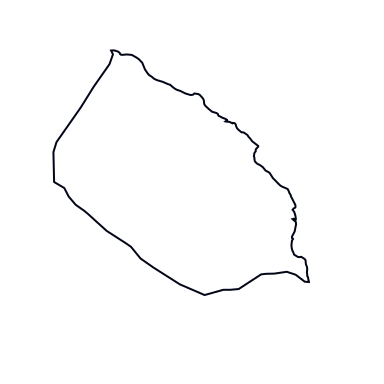 South Tanna, Tafea, Vanuatu, rotated 305°
{"feature_id": "77236927B47218530990891", "entity_name": "South Tanna", "entity_type": "district", "adm_level": 2, "iso_a3": "VUT", "parent_name": "Vanuatu", "parent_adm1": "Tafea", "projection": "orthographic", "projection_center": [169.459, -19.612], "detail": "fine", "context": "isolated", "style": "outline", "palette": "ink", "viewbox_px": 384, "rotation_deg": 305, "n_neighbors": 0, "source": "geoboundaries", "source_scale": "gbopen_adm2", "svg_char_len": 2576}
<svg xmlns="http://www.w3.org/2000/svg" viewBox="0 0 384 384"><g transform="rotate(305 192 192)"><path d="M185.3,339.4L185.9,339.0L186.5,338.1L188.8,335.8L189.3,334.5L190.6,333.7L191.7,332.5L195.4,330.3L196.7,328.9L197.4,327.9L198.3,326.6L201.2,324.2L201.7,322.7L201.6,319.0L201.6,318.8L201.5,318.6L200.2,317.3L199.5,315.8L199.3,311.7L199.3,311.4L200.6,309.7L201.6,307.8L203.3,305.8L205.7,303.8L209.7,301.7L211.5,301.7L211.7,301.0L211.6,300.5L211.8,300.2L212.7,299.5L218.6,298.7L225.2,295.8L227.0,294.2L227.5,289.9L228.3,290.5L228.7,291.6L228.8,292.8L229.3,292.7L231.7,290.5L234.1,287.5L235.0,285.3L235.1,285.1L235.2,284.9L235.2,284.6L236.6,284.6L237.9,285.3L238.6,285.5L239.2,285.3L239.4,285.2L239.6,285.0L240.8,283.9L245.3,275.3L246.1,274.7L246.4,273.9L247.0,272.4L248.2,270.7L248.3,270.5L248.4,270.4L249.3,268.6L248.0,262.3L248.0,260.0L249.8,250.3L252.1,244.8L252.2,243.1L251.7,240.2L253.0,235.6L253.0,231.8L252.6,229.7L252.6,228.6L252.7,228.1L253.2,225.9L254.3,224.7L256.2,223.1L256.8,222.3L256.8,222.2L259.4,220.9L260.5,220.7L261.7,220.9L263.5,219.8L264.4,219.9L267.2,220.2L267.7,219.8L267.8,217.7L268.1,212.0L269.1,209.3L269.6,206.8L270.5,204.6L270.4,200.0L269.3,198.4L269.6,194.5L270.0,192.5L271.1,190.5L271.6,190.0L272.5,188.9L272.8,187.5L272.7,187.2L272.0,185.8L271.5,185.8L271.1,183.5L271.0,182.9L270.5,181.6L269.3,179.7L269.0,178.9L269.7,179.1L270.8,179.7L271.2,179.3L271.0,177.1L270.2,174.0L270.0,171.7L269.7,170.5L269.7,169.9L270.7,168.4L270.8,168.2L270.7,166.6L269.3,162.6L269.3,162.1L269.4,160.9L269.6,158.2L270.1,154.6L270.2,153.9L270.3,153.2L271.2,151.4L273.4,149.6L274.0,148.8L274.4,148.4L275.0,147.0L275.4,145.3L276.0,142.7L275.8,140.9L274.1,137.5L272.5,137.1L272.3,137.0L272.1,136.8L270.7,135.4L268.9,130.0L268.1,124.5L267.7,123.2L267.0,120.9L266.8,118.3L267.0,115.1L267.3,112.7L266.5,110.1L265.5,105.1L265.5,104.9L265.4,104.7L263.6,99.3L263.0,96.1L263.3,93.0L263.2,90.2L263.1,89.8L264.1,86.6L265.4,83.2L269.3,77.2L270.3,72.3L270.3,69.5L269.8,64.2L268.9,62.5L267.2,59.6L264.4,56.3L263.7,55.0L263.7,54.3L263.7,54.1L263.9,53.9L264.1,53.7L264.3,53.3L264.4,53.1L264.4,52.9L264.6,51.8L264.5,50.6L263.7,47.9L263.1,46.6L261.5,44.6L259.4,48.3L249.4,51.1L244.4,51.1L221.8,51.1L197.7,52.4L180.5,52.4L155.1,52.4L145.2,55.6L121.1,73.3L122.0,85.1L117.5,93.7L114.8,104.1L114.8,114.5L114.3,120.0L113.0,130.0L111.2,144.5L112.1,167.6L112.1,173.5L108.0,188.0L108.0,203.8L109.4,235.1L114.8,261.4L129.8,273.7L133.9,279.5L139.3,285.9L164.2,295.9L167.4,299.5L172.4,306.3L181.0,315.4L183.7,324.4L183.2,335.8L185.3,339.4Z" fill="none" stroke="#020617" stroke-width="2"/></g></svg>